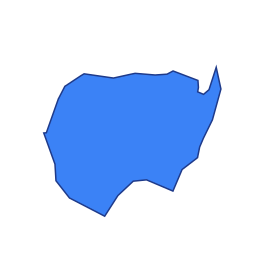 Gwanak-gu, Seoul, South Korea, rotated 113°
{"feature_id": "91817680B99536699865294", "entity_name": "Gwanak-gu", "entity_type": "district", "adm_level": 2, "iso_a3": "KOR", "parent_name": "South Korea", "parent_adm1": "Seoul", "projection": "mercator", "projection_center": [126.943, 37.456], "detail": "fine", "context": "isolated", "style": "filled", "palette": "blue", "viewbox_px": 256, "rotation_deg": 113, "n_neighbors": 0, "source": "geoboundaries", "source_scale": "gbopen_adm2", "svg_char_len": 592}
<svg xmlns="http://www.w3.org/2000/svg" viewBox="0 0 256 256"><g transform="rotate(113 128 128)"><path d="M215.3,154.5L218.3,115.0L194.1,110.9L174.9,102.4L168.5,90.7L168.5,62.0L167.5,62.0L145.1,62.0L128.1,52.4L127.3,52.6L117.5,54.6L116.4,54.6L107.9,54.6L87.7,53.5L87.4,53.5L55.8,57.7L37.7,70.5L61.1,68.4L67.5,71.6L67.5,78.0L63.2,79.0L56.9,82.2L57.9,108.8L63.2,113.1L68.6,123.7L74.9,142.8L77.1,146.0L87.7,160.9L95.3,189.6L98.3,191.8L114.3,202.4L127.7,203.4L128.1,203.5L164.3,201.3L165.5,203.6L189.8,181.1L204.7,173.7L215.3,154.5Z" fill="#3b82f6" stroke="#1e3a8a" stroke-width="1.5"/></g></svg>